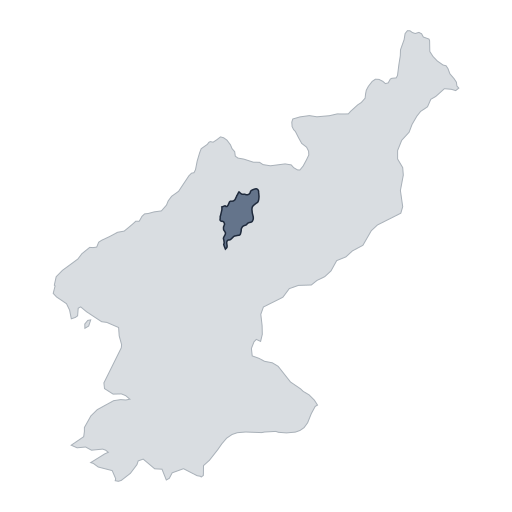 Rangrim, Chagang-do, North Korea (highlighted)
{"feature_id": "82179303B57192008066519", "entity_name": "Rangrim", "entity_type": "district", "adm_level": 2, "iso_a3": "PRK", "parent_name": "North Korea", "parent_adm1": "Chagang-do", "projection": "albers", "projection_center": [127.189, 40.817], "detail": "medium", "context": "in_parent", "style": "filled", "palette": "slate", "viewbox_px": 512, "rotation_deg": 0, "n_neighbors": 0, "source": "geoboundaries", "source_scale": "gbopen_adm2", "svg_char_len": 4996}
<svg xmlns="http://www.w3.org/2000/svg" viewBox="0 0 512 512"><path d="M317.5,405.1L315.2,406.4L311.3,413.6L307.6,422.8L304.0,427.7L299.9,430.5L295.4,432.1L286.5,432.9L278.4,432.3L275.8,431.4L264.7,432.0L261.6,432.6L245.6,432.0L237.3,432.7L232.0,434.5L226.6,438.2L221.9,443.7L217.8,449.6L209.4,460.3L203.5,465.6L203.4,473.1L203.3,475.5L201.2,477.0L200.5,476.3L197.1,475.7L183.5,468.7L172.2,472.8L169.3,478.3L166.3,480.0L162.0,469.2L154.7,468.8L143.2,459.1L138.2,460.9L136.9,464.7L130.4,473.3L121.3,480.4L118.4,481.3L115.2,480.7L115.7,478.7L112.2,470.6L98.2,467.0L93.3,463.4L90.7,462.6L104.7,453.9L108.3,452.3L105.7,450.2L102.7,449.1L91.5,450.2L85.6,447.0L77.1,447.8L71.2,445.2L83.7,436.7L84.4,431.5L84.4,427.5L90.9,415.9L97.3,409.6L113.6,400.7L120.7,399.6L125.8,400.0L129.9,399.2L125.6,395.6L121.4,393.9L113.1,394.1L104.5,388.6L103.9,382.9L121.3,347.8L121.6,344.6L119.2,335.9L118.6,327.5L106.8,322.4L101.6,321.7L86.6,311.8L80.7,306.9L78.2,308.2L77.6,315.8L75.4,317.4L71.3,318.8L69.6,310.1L66.5,303.7L56.6,297.0L53.2,293.4L55.1,285.9L54.3,285.2L56.2,276.7L62.5,270.3L77.9,259.0L81.9,253.7L89.7,247.4L93.1,247.6L96.7,247.1L97.8,244.4L98.7,242.2L101.8,240.2L109.1,236.8L117.5,232.3L124.2,231.1L132.4,224.3L135.8,221.2L139.1,221.3L140.0,219.9L142.0,216.3L144.6,213.9L148.2,213.5L154.1,211.9L161.4,210.9L166.5,205.1L168.2,200.9L171.6,196.3L178.6,191.3L183.5,183.9L188.9,175.8L191.5,173.2L194.0,172.7L195.5,169.7L197.2,161.0L199.7,152.6L201.2,148.7L207.3,144.4L208.9,142.3L210.3,141.6L213.1,142.2L216.9,139.7L220.5,136.9L223.7,137.8L227.0,140.2L230.5,144.9L232.0,148.6L234.7,151.7L235.3,156.2L238.0,158.1L243.8,159.1L253.4,162.2L259.5,162.3L263.0,164.6L270.4,165.8L285.1,163.9L291.2,164.9L293.7,167.7L297.5,169.9L299.9,170.0L303.1,166.1L306.5,159.8L308.8,155.0L308.6,151.2L306.6,147.2L301.7,143.4L298.5,137.6L295.4,131.5L293.6,129.6L292.1,126.6L291.8,122.1L292.8,119.0L300.0,116.9L309.4,115.6L316.9,116.8L329.5,115.7L337.2,113.9L343.0,114.0L348.3,113.9L350.6,111.3L357.8,104.8L361.3,102.5L365.1,98.2L365.6,93.8L366.3,90.2L368.4,86.3L372.2,81.4L375.4,79.2L379.0,79.4L382.9,81.4L385.4,83.6L388.2,82.9L390.3,79.1L391.8,78.3L396.2,77.9L397.5,75.5L398.9,64.5L400.3,55.8L400.5,49.8L404.1,39.7L405.1,33.6L407.4,30.7L410.0,30.8L412.3,32.5L415.2,33.5L418.9,32.4L421.6,33.8L423.3,37.0L429.0,39.1L429.6,40.7L429.8,51.5L433.0,56.5L437.3,61.0L443.0,65.0L446.1,65.8L448.0,68.7L449.9,73.8L454.1,78.7L456.4,82.2L456.9,86.0L458.8,88.1L455.7,90.6L451.4,89.3L444.4,88.7L435.7,96.5L430.8,99.3L427.5,106.8L420.6,111.4L416.9,116.1L412.1,124.3L409.1,132.2L401.7,140.3L397.6,150.5L397.6,159.0L402.7,167.6L403.3,175.1L400.4,190.5L402.7,206.7L400.8,213.2L377.4,225.0L371.3,230.7L362.9,245.3L352.4,250.9L345.9,256.9L336.7,260.6L331.0,270.9L324.7,276.7L317.0,280.4L311.3,285.0L298.4,285.4L289.3,288.6L282.9,297.2L263.4,307.0L260.8,314.3L262.1,325.6L262.3,334.3L260.6,341.4L256.3,339.4L254.0,341.8L251.4,348.4L252.2,355.9L258.9,358.3L264.5,361.3L272.3,362.8L278.1,366.3L290.5,382.0L300.6,388.9L303.2,391.4L309.0,394.8L314.4,400.2L317.5,405.1ZM88.7,326.0L84.9,328.3L84.8,324.0L87.8,320.4L90.7,319.9L88.7,326.0Z" fill="#d9dde1" stroke="#a8b0b8" stroke-width="1"/><path d="M221.8,206.9L221.9,207.2L221.9,209.7L220.6,215.3L220.2,216.4L220.2,218.5L220.0,219.4L220.2,220.4L221.0,221.1L221.7,221.3L222.5,221.3L223.6,221.8L224.2,222.9L224.6,224.1L224.1,225.5L223.5,227.1L223.5,229.2L223.9,230.3L224.5,231.0L225.5,232.9L225.3,234.3L223.6,237.5L223.4,238.7L223.8,239.9L224.2,242.9L223.7,244.5L224.3,246.3L225.4,249.1L226.6,247.9L226.9,247.5L227.0,247.0L227.1,246.5L227.1,245.9L226.7,242.9L226.8,241.8L227.1,241.0L227.5,240.6L227.9,240.2L228.3,240.0L229.8,239.9L230.2,239.7L230.7,239.4L231.9,238.3L232.7,237.5L233.5,236.7L233.9,236.4L234.4,236.1L237.7,235.4L238.2,235.3L238.7,235.3L239.2,235.2L239.7,235.0L240.4,234.1L240.5,233.7L241.0,231.8L241.2,230.7L241.2,229.6L241.4,228.6L241.8,227.8L242.4,226.8L242.8,226.4L243.2,226.1L243.7,225.8L246.2,224.9L246.7,224.5L247.3,223.6L247.7,223.3L248.2,223.0L249.1,222.6L251.0,222.2L251.9,221.7L252.3,221.3L252.5,220.9L253.1,219.6L253.2,219.2L253.3,218.6L253.3,217.6L253.2,216.6L252.7,214.7L252.5,213.9L252.2,212.4L252.1,210.9L251.9,209.8L252.0,208.7L252.1,207.7L252.3,207.2L252.6,206.4L253.4,205.6L254.2,204.8L255.9,203.5L256.1,203.3L257.4,202.5L257.8,202.1L258.2,201.3L258.5,200.4L258.8,199.1L259.0,196.8L259.0,195.9L258.9,195.5L258.8,193.8L258.6,192.5L258.6,191.2L258.3,190.3L258.0,189.9L257.7,189.5L257.3,189.2L256.5,188.8L256.1,188.8L255.2,188.9L253.9,189.3L252.6,189.8L251.3,190.5L250.9,190.9L250.4,191.7L250.4,192.1L250.2,192.6L250.0,193.0L249.4,193.8L248.6,194.4L247.3,194.8L246.0,194.7L244.7,194.2L244.2,194.2L243.4,194.3L242.0,194.2L241.5,194.0L240.3,193.1L239.5,192.3L239.0,191.9L238.6,192.3L238.3,193.0L237.9,193.7L237.5,194.7L236.9,195.4L236.2,197.2L235.8,197.9L235.2,199.3L234.7,200.0L233.5,200.9L232.2,201.2L230.4,201.2L229.5,201.9L228.7,203.7L228.0,205.3L227.0,206.5L225.9,206.5L225.1,205.8L224.3,206.0L223.2,206.5L221.8,206.9Z" fill="#64748b" stroke="#1e293b" stroke-width="1.5"/></svg>